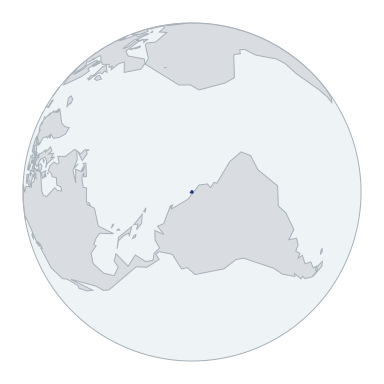 Marowijne on an orthographic globe, rotated 291°
{"feature_id": "SUR-67", "entity_name": "Marowijne", "entity_type": "District", "adm_level": 1, "iso_a3": "SUR", "parent_name": "Suriname", "parent_adm1": "", "projection": "orthographic", "projection_center": [-54.373, 5.594], "detail": "fine", "context": "on_globe", "style": "filled", "palette": "blue", "viewbox_px": 384, "rotation_deg": 291, "n_neighbors": 0, "source": "natural_earth", "source_scale": "10m", "svg_char_len": 8039}
<svg xmlns="http://www.w3.org/2000/svg" viewBox="0 0 384 384"><g transform="rotate(291 192 192)"><circle cx="192" cy="192" r="169" fill="#eef3f6" stroke="#a8b0b8"/><path d="M137.5,32.1L139.2,31.6L131.7,35.9L137.8,35.0L139.1,40.5L142.4,38.9L144.9,40.7L149.7,39.8L148.6,41.6L153.3,39.5L153.4,38.1L155.5,36.8L158.3,36.3L157.4,38.2L155.9,38.8L157.1,39.2L155.4,40.4L157.8,39.5L156.4,42.3L161.9,39.0L164.2,40.7L162.2,42.8L157.0,43.3L139.3,51.2L135.6,54.4L135.6,57.9L146.8,62.3L145.0,65.9L146.4,70.2L149.8,67.6L150.0,63.4L156.8,60.1L156.2,55.9L158.9,54.2L160.4,50.1L166.0,50.1L170.5,52.5L169.6,56.1L171.6,57.5L177.2,53.9L179.9,61.1L189.6,67.1L189.6,69.3L181.3,73.2L169.5,73.1L158.7,80.2L171.5,75.2L171.5,81.8L174.0,82.9L177.4,82.7L179.7,80.2L180.9,82.6L168.7,87.9L167.4,85.7L171.3,83.9L165.7,84.1L157.4,88.7L158.1,92.1L144.9,96.9L145.2,99.6L142.5,102.5L143.0,97.7L141.9,106.7L126.6,116.8L125.0,133.8L120.3,120.5L114.7,119.0L107.7,119.1L107.3,121.8L98.7,119.7L89.7,125.4L84.5,138.8L86.0,149.4L95.7,150.0L99.5,144.2L107.1,143.1L99.8,159.0L112.9,161.6L110.5,173.7L114.1,180.1L121.1,178.6L128.2,181.8L133.8,174.8L142.7,171.1L142.3,181.0L147.7,172.1L152.3,176.9L170.3,176.8L168.8,179.0L183.9,190.9L201.0,196.1L205.0,203.3L202.8,207.8L208.9,209.1L209.0,212.0L234.0,216.4L247.1,223.5L247.0,233.7L236.5,245.4L228.4,269.7L209.9,277.6L206.2,287.1L193.4,300.6L182.1,299.4L186.3,306.1L180.8,310.0L173.8,310.1L173.4,314.7L168.2,314.7L172.4,317.7L165.5,323.3L169.3,328.0L164.7,332.3L167.4,334.9L165.1,334.8L163.1,335.6L163.5,337.1L155.7,334.4L151.6,328.4L153.0,325.4L149.9,324.8L152.7,316.9L150.0,318.4L147.7,306.0L150.1,295.4L148.7,263.8L144.6,257.2L131.7,249.3L116.1,224.6L119.6,214.7L116.5,209.8L126.8,195.9L124.5,182.6L121.0,180.6L117.2,185.5L105.6,176.9L102.2,166.7L70.7,149.5L68.4,144.4L69.8,136.3L67.1,110.3L64.7,134.5L62.1,129.6L61.6,120.9L63.8,118.9L65.9,106.6L64.7,102.0L70.9,87.5L85.9,70.4L85.2,73.0L88.9,69.1L90.1,65.8L89.9,64.7L104.2,50.8L109.9,44.7L106.1,46.5L111.3,43.7L107.0,46.0L121.9,38.3L137.5,32.1ZM123.3,139.6L138.3,148.2L128.9,149.1L130.9,147.6L127.2,144.1L120.2,140.8L112.2,142.4L123.3,139.6ZM131.9,130.3L129.2,129.6L131.9,129.6L131.9,130.3ZM89.3,64.6L89.7,66.0L87.4,69.9L86.6,68.9L89.3,64.6ZM94.2,58.1L95.4,57.9L91.1,61.5L91.8,60.5L94.2,58.1ZM102.4,48.8L101.9,49.1L102.4,48.8ZM157.3,50.5L158.8,50.3L157.7,51.1L157.3,50.5ZM156.5,49.0L154.1,50.1L153.4,49.5L154.8,48.9L156.5,49.0ZM159.5,47.8L152.4,48.5L151.2,47.6L155.7,44.5L159.5,47.8ZM152.2,37.9L152.3,39.3L149.7,38.7L152.2,37.9ZM150.1,37.8L139.0,38.6L140.4,36.6L143.8,36.5L143.5,34.7L149.6,33.2L151.2,34.0L149.1,35.5L153.0,33.8L150.1,37.8ZM156.2,36.2L153.8,36.4L154.9,34.6L159.8,33.9L157.9,34.7L156.2,36.2ZM140.5,35.1L142.1,33.8L147.5,32.2L148.9,31.6L149.9,33.1L140.5,35.1ZM159.1,34.9L162.2,33.7L164.3,34.2L158.6,36.0L159.1,34.9ZM153.1,34.5L153.8,33.7L155.0,33.8L153.1,34.5ZM173.4,35.9L170.6,35.8L170.9,34.7L173.4,35.9ZM163.3,33.3L162.6,33.1L162.3,32.8L164.8,32.2L163.3,33.3ZM153.6,32.0L155.5,31.7L153.5,31.3L157.4,30.4L157.4,31.6L159.1,30.7L160.3,30.4L158.9,31.8L153.6,32.0ZM166.7,30.8L168.0,32.5L173.2,32.7L173.1,33.5L164.8,33.1L166.7,30.8ZM162.3,31.2L165.0,31.1L163.4,32.0L160.6,32.7L162.3,31.2ZM160.1,29.4L154.1,30.5L154.3,30.2L160.1,29.4ZM168.5,30.6L168.1,30.2L169.1,30.5L168.5,30.6ZM163.0,29.5L160.9,29.8L161.2,29.5L163.0,29.5ZM169.2,29.3L169.7,29.8L167.8,30.1L169.2,29.3ZM166.6,29.2L167.6,28.7L166.8,30.0L165.6,29.4L166.6,29.2ZM163.7,29.1L163.2,29.0L164.6,29.0L163.7,29.1ZM176.2,27.8L175.7,29.3L171.5,30.1L172.5,28.4L176.2,27.8ZM169.3,339.8L156.6,335.3L163.5,337.4L166.7,335.3L173.9,338.6L169.3,339.8ZM179.6,334.3L184.3,333.2L185.8,333.9L182.9,334.9L179.6,334.3ZM315.1,76.2L310.9,72.4L306.4,67.8L308.8,70.6L311.2,72.7L312.7,74.8L310.6,73.1L309.1,71.3L307.7,70.8L315.2,79.9L318.5,83.0L317.6,86.2L323.0,91.9L324.4,95.2L315.8,86.9L313.2,83.5L301.0,76.0L303.7,79.6L315.4,87.2L313.8,87.0L317.5,92.8L313.4,88.2L299.9,79.7L296.1,83.6L299.1,99.7L295.2,102.0L288.4,100.3L279.3,85.8L289.0,82.3L285.9,77.9L277.2,72.7L280.9,72.4L278.5,70.1L281.5,68.9L279.0,62.6L281.1,61.3L273.7,54.9L273.7,53.5L278.1,57.6L282.2,60.0L286.5,57.9L285.4,56.3L280.3,52.5L282.1,52.7L276.6,49.4L275.9,47.3L272.1,47.3L265.9,43.7L262.0,40.7L259.3,39.7L265.7,44.8L268.8,47.0L272.7,48.6L280.7,55.5L280.6,57.3L269.6,50.7L268.3,52.8L260.3,47.5L247.9,35.8L246.0,33.5L256.5,36.1L260.6,38.1L259.0,37.9L266.4,40.9L263.0,39.2L264.5,39.7L259.0,37.1L259.8,37.3L253.2,34.6L253.5,34.7L257.8,36.4L254.3,35.0L265.6,39.9L276.5,45.7L287.0,52.3L296.9,59.6L306.3,67.6L315.1,76.2ZM346.8,124.3L341.1,113.2L339.3,109.7L339.0,109.4L338.7,108.7L341.6,114.4L338.3,109.1L348.6,128.7L352.0,137.8L355.5,149.3L358.1,160.9L359.8,172.6L360.8,184.5L360.9,196.4L360.2,208.2L358.6,220.0L356.2,231.6L353.1,243.1L349.1,254.3L344.3,265.2L344.0,265.8L340.5,272.5L335.9,280.3L330.1,288.2L325.6,290.4L329.2,284.5L333.0,273.7L339.9,246.7L345.2,233.1L346.5,223.2L342.7,202.7L343.9,190.1L341.9,185.5L338.3,187.6L335.5,182.1L333.0,182.6L314.0,190.6L305.7,183.9L289.8,162.0L291.4,152.0L287.2,141.5L294.6,102.6L301.1,103.4L312.6,95.7L314.9,96.5L319.0,104.3L331.9,111.3L329.7,104.2L336.0,107.4L336.8,105.9L327.5,91.5L326.2,93.4L320.7,87.2L317.4,79.9L317.8,79.2L326.4,89.6L334.1,100.6L340.9,112.2L346.8,124.3ZM297.9,121.0L299.1,124.1L297.9,121.0ZM170.9,176.7L173.0,178.6L170.1,178.6L170.9,176.7ZM127.2,153.1L130.6,153.4L132.2,154.9L129.5,155.3L127.2,153.1ZM156.7,153.8L160.8,154.7L156.4,155.5L156.7,153.8ZM140.8,149.4L153.4,153.5L144.8,156.2L136.9,153.8L142.6,153.0L140.8,149.4ZM129.4,135.7L131.4,136.5L130.5,138.2L129.4,135.7ZM133.9,130.3L133.0,130.5L132.2,129.0L133.9,130.3ZM172.2,81.4L173.2,81.1L176.5,81.4L174.6,82.4L172.2,81.4ZM193.1,76.9L194.6,81.0L192.3,78.6L189.9,80.5L182.0,78.2L189.3,70.4L187.4,74.2L193.1,76.9ZM173.5,73.7L177.7,75.6L172.8,73.9L173.5,73.7ZM262.4,60.5L265.6,61.3L267.7,64.0L265.1,67.1L262.0,63.1L262.4,60.5ZM269.7,62.0L259.5,55.5L260.7,53.8L261.7,55.7L263.6,55.3L265.7,58.4L276.9,63.7L279.4,66.6L273.2,69.9L273.8,67.0L270.6,66.1L269.7,62.0ZM231.3,46.3L226.9,44.7L235.3,42.9L238.4,44.7L236.0,47.5L230.9,47.1L231.3,46.3ZM168.9,42.6L166.7,43.0L167.0,42.3L169.1,41.4L168.9,42.6ZM172.1,35.9L178.9,40.5L176.7,41.1L183.4,43.8L180.2,46.5L176.0,44.5L178.5,48.9L173.4,48.2L175.8,51.2L166.7,46.6L162.3,46.6L168.5,45.5L171.5,42.9L171.5,41.8L168.2,38.9L160.1,38.1L161.8,35.9L165.2,34.6L167.4,34.4L165.6,35.8L169.8,34.6L168.9,36.6L172.1,35.9ZM203.8,26.9L200.8,27.5L209.2,27.6L208.3,28.6L209.3,28.6L210.7,29.7L214.3,31.2L213.1,31.6L215.0,32.0L216.0,33.0L218.2,33.8L216.9,35.0L219.5,36.2L217.3,36.1L222.2,37.9L217.9,37.2L218.8,38.7L222.5,38.6L209.6,45.7L207.5,50.0L208.1,54.3L200.8,53.1L195.6,48.7L192.5,43.4L195.5,39.7L191.7,40.1L192.0,38.6L194.9,38.9L190.6,37.6L191.7,36.5L188.9,33.3L182.1,32.6L180.9,31.7L184.1,31.4L180.6,30.7L185.9,29.7L185.2,29.1L189.6,27.7L196.2,28.0L194.9,27.3L198.2,26.6L203.8,26.9ZM177.6,27.4L185.7,26.9L189.2,27.3L180.0,29.6L179.9,30.3L174.2,32.2L169.3,31.7L171.4,31.1L172.3,30.4L173.4,30.9L173.2,30.1L176.0,29.4L176.6,28.6L179.1,28.6L177.6,27.4ZM314.3,93.3L315.5,93.2L316.6,92.4L319.0,96.3L314.3,93.3ZM305.2,87.5L305.8,86.7L309.8,91.4L308.5,91.6L305.2,87.5ZM302.8,82.6L305.6,86.3L303.3,84.5L302.8,82.6ZM278.3,56.8L278.6,56.0L279.9,56.9L281.3,58.4L278.3,56.8ZM228.6,29.5L226.3,29.2L225.5,28.9L219.5,27.8L219.7,27.3L223.4,27.7L228.6,29.5ZM329.2,94.2L331.0,97.2L330.0,96.1L329.6,95.3L329.2,94.2ZM326.2,96.6L328.5,97.8L326.9,97.7L326.2,96.6ZM227.8,28.7L225.3,28.2L226.9,28.3L227.8,28.7ZM219.5,26.9L220.9,26.8L219.0,27.1L219.5,26.9ZM242.6,30.8L242.2,30.7L232.9,28.1L231.7,27.8L242.6,30.8ZM218.3,25.3L220.7,25.8L219.3,25.7L218.3,25.3Z" fill="#d9dde1" stroke="#a8b0b8" stroke-width="1"/><path d="M192.6,192.7L192.5,192.8L192.3,193.0L192.2,193.1L191.9,193.0L191.7,192.9L191.2,192.6L191.3,192.5L191.3,192.4L191.3,192.2L191.2,192.0L191.1,191.9L191.0,191.7L190.9,191.5L190.9,191.4L191.0,191.3L191.0,191.2L191.0,190.9L191.7,191.0L192.1,191.1L192.4,191.1L192.6,191.2L192.8,191.3L193.0,191.3L193.1,191.5L193.0,191.8L192.9,192.1L192.9,192.3L192.7,192.4L192.7,192.5L192.6,192.7Z" fill="#3b82f6" stroke="#1e3a8a" stroke-width="1.5"/></g></svg>